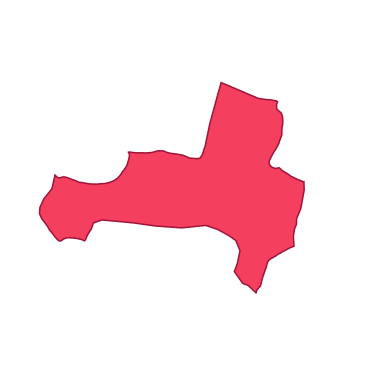 outline of Lawdar, Abyan, Yemen, rotated 221°
{"feature_id": "15242507B88557001231936", "entity_name": "Lawdar", "entity_type": "district", "adm_level": 2, "iso_a3": "YEM", "parent_name": "Yemen", "parent_adm1": "Abyan", "projection": "robinson", "projection_center": [45.821, 13.812], "detail": "fine", "context": "isolated", "style": "filled", "palette": "rose", "viewbox_px": 384, "rotation_deg": 221, "n_neighbors": 0, "source": "geoboundaries", "source_scale": "gbopen_adm2", "svg_char_len": 5787}
<svg xmlns="http://www.w3.org/2000/svg" viewBox="0 0 384 384"><g transform="rotate(221 192 192)"><path d="M79.5,218.1L85.4,224.0L86.3,224.9L89.3,229.7L90.2,231.1L90.3,231.3L92.0,236.2L95.5,240.4L99.0,250.8L108.6,267.1L114.4,273.3L115.1,272.6L115.9,272.3L116.7,272.1L117.6,271.8L118.4,271.6L119.3,271.3L120.3,270.9L121.3,270.6L122.1,270.3L123.0,270.0L123.8,269.8L124.6,269.7L125.5,269.4L126.3,269.2L127.2,268.9L128.0,268.8L128.9,268.7L129.7,268.7L130.5,268.6L131.6,268.5L132.5,268.4L133.4,268.3L134.3,268.0L135.1,267.8L136.0,267.8L136.9,267.6L137.8,267.4L138.7,267.4L139.6,267.4L140.5,267.5L141.4,267.5L142.2,267.4L142.8,266.7L143.3,266.0L143.8,265.3L144.5,264.7L145.3,264.2L146.1,263.8L146.9,263.5L147.8,263.3L148.6,263.2L149.5,263.2L150.4,263.3L151.2,263.6L152.1,264.1L152.9,264.6L153.5,265.1L154.0,266.0L154.3,267.0L154.5,267.9L154.8,269.0L155.1,269.9L155.3,270.9L155.6,271.9L155.8,272.8L156.0,273.7L156.2,274.6L156.4,275.7L156.6,276.6L156.7,277.8L156.8,278.9L157.0,279.8L157.2,280.7L157.4,281.5L157.5,282.5L157.8,283.4L158.0,284.4L158.2,285.3L158.6,286.2L159.0,287.1L159.4,287.9L159.8,288.8L160.0,289.7L160.4,290.6L160.8,291.5L161.0,292.4L161.3,293.3L161.8,294.0L162.3,294.9L163.0,295.5L163.7,296.2L164.2,297.0L164.8,297.7L165.4,298.4L165.9,299.1L166.5,299.9L166.9,300.6L167.3,301.5L167.8,302.3L168.4,303.1L168.9,303.8L169.6,304.5L170.1,305.2L170.7,305.9L171.4,306.5L172.0,307.1L172.6,307.7L173.3,308.4L174.0,308.8L174.8,309.2L175.4,309.8L176.3,310.0L177.1,310.2L178.0,310.2L178.9,310.2L179.8,310.2L180.7,310.1L181.6,310.2L182.5,310.4L183.2,311.0L183.9,311.6L184.5,312.3L185.1,313.0L185.7,313.7L186.0,314.5L186.3,315.5L186.7,316.3L187.5,316.2L188.3,316.0L189.1,315.4L190.1,314.9L190.9,314.5L191.7,314.0L192.4,313.5L193.1,313.1L193.9,312.6L194.6,312.0L195.3,311.5L196.1,310.9L196.8,310.4L197.6,309.8L198.5,309.3L199.3,308.7L200.3,308.1L201.0,307.7L201.9,307.1L202.7,306.6L203.5,306.1L241.8,293.7L234.8,278.8L234.4,278.1L226.1,260.9L223.5,255.4L212.2,235.3L208.7,226.9L208.2,222.9L209.2,221.4L211.1,219.7L216.1,216.0L216.3,216.0L217.1,215.7L218.0,215.4L218.9,215.2L219.8,214.9L220.6,214.6L221.4,214.3L222.2,214.1L223.1,213.7L223.9,213.3L224.9,212.6L225.7,212.2L226.5,211.8L227.2,211.3L228.0,210.9L228.7,210.4L229.4,209.9L230.3,209.3L231.1,208.8L231.8,208.3L232.6,207.8L233.3,207.4L234.0,206.9L234.8,206.5L235.8,206.0L236.6,205.6L237.4,205.2L238.2,205.0L239.0,204.8L239.9,204.5L240.1,204.5L243.8,201.7L245.7,199.4L246.3,198.4L246.8,197.5L247.3,196.8L247.9,196.0L248.5,195.2L249.3,194.4L249.9,193.7L250.6,193.1L251.3,192.4L251.9,191.7L252.6,191.1L253.3,190.5L254.0,189.9L254.7,189.4L255.5,188.7L256.3,187.9L257.0,187.4L257.6,186.8L258.4,186.1L259.1,185.6L259.8,185.1L260.5,184.5L261.4,183.9L262.2,183.3L262.9,182.7L263.8,182.2L264.6,181.8L265.3,181.2L265.9,180.6L266.1,180.3L266.0,180.2L265.9,180.1L265.6,180.1L264.1,179.4L263.5,178.9L262.8,177.9L261.6,175.9L260.7,174.1L260.0,172.4L259.9,172.2L259.4,171.3L259.0,170.5L258.7,169.4L258.5,168.5L258.2,167.5L258.1,166.6L258.1,165.6L257.9,164.7L257.8,163.6L257.8,162.6L257.8,161.5L257.6,160.6L257.5,159.6L257.3,158.6L257.2,157.6L257.2,156.4L257.2,155.5L257.3,154.4L257.3,153.4L257.5,152.5L257.7,151.7L258.0,150.6L258.3,149.6L258.7,148.7L259.1,147.8L259.5,147.1L260.0,146.1L260.5,145.3L261.0,144.4L261.6,143.6L262.2,142.8L262.9,141.8L263.6,141.0L264.3,140.3L264.9,139.7L265.8,138.9L266.5,138.2L267.1,137.5L267.8,136.7L268.5,135.9L269.3,135.3L270.0,134.7L270.9,133.9L271.7,133.2L272.4,132.7L273.0,132.2L273.9,131.5L274.8,130.8L275.8,130.2L276.6,129.7L277.4,129.2L278.3,128.7L279.1,128.2L280.0,127.6L280.7,127.1L281.5,126.7L282.3,126.2L283.2,125.6L283.3,125.3L283.8,125.2L284.6,125.0L285.5,124.7L286.3,124.5L287.1,124.2L288.0,123.9L288.9,123.6L289.6,123.2L290.4,122.9L291.3,122.6L292.2,122.2L293.1,121.9L294.0,121.6L294.9,121.3L295.7,121.0L296.5,120.6L297.3,120.2L298.0,119.8L298.7,119.3L299.3,118.7L299.9,117.9L300.3,117.1L300.9,116.2L301.6,115.5L302.3,115.1L303.2,114.8L304.0,114.8L304.9,114.8L305.8,114.9L306.5,114.9L299.9,102.7L299.8,100.7L299.3,89.6L296.7,80.7L292.9,75.6L287.9,73.3L282.5,72.2L281.8,72.0L280.8,71.8L280.0,71.6L279.1,71.4L278.2,71.2L277.2,70.8L276.3,70.4L275.5,70.2L274.6,69.9L273.6,69.7L272.7,69.5L271.8,69.4L270.8,69.2L270.0,69.1L269.1,69.0L268.0,68.7L267.0,68.5L266.6,68.4L266.1,68.3L265.2,68.1L264.2,68.0L263.4,67.9L262.6,67.9L261.8,67.8L261.7,67.8L260.8,67.8L260.7,67.7L258.9,68.8L258.3,71.3L258.3,71.6L257.3,73.7L256.2,75.5L254.0,77.4L250.7,79.9L248.4,81.4L246.7,82.3L244.2,83.7L242.1,84.2L241.2,84.5L241.0,85.0L241.0,85.7L241.2,86.7L241.9,88.6L242.7,91.2L243.6,96.5L243.6,97.7L244.0,98.6L246.1,104.0L241.6,111.8L234.7,116.8L229.3,120.7L221.3,126.4L216.2,130.0L215.0,130.9L209.2,134.6L197.8,142.0L196.7,142.8L188.8,148.7L187.6,149.6L185.4,151.3L182.3,153.6L176.2,158.2L173.5,161.1L172.3,162.3L171.9,162.8L171.2,163.5L167.1,167.9L159.7,175.8L147.7,180.7L147.3,180.7L140.4,182.3L138.3,182.6L134.8,183.4L127.0,184.1L117.3,179.2L115.3,175.7L111.0,167.9L110.8,167.5L107.8,159.7L97.5,157.2L93.7,156.3L88.2,158.3L77.5,157.9L77.5,158.2L77.9,158.9L78.8,160.8L78.7,161.6L78.7,161.8L78.7,162.9L78.7,163.8L78.7,164.9L78.7,165.8L79.1,166.8L79.6,167.8L79.9,168.6L80.5,169.6L81.1,170.7L81.6,171.7L82.0,172.5L82.3,173.2L82.4,173.4L82.8,174.3L83.2,175.3L83.5,176.2L84.0,177.2L84.4,178.2L84.6,178.8L84.7,179.1L85.1,179.9L85.5,180.8L85.8,181.8L86.1,182.8L86.5,183.6L86.9,184.5L87.4,185.4L87.8,186.2L88.2,187.0L88.5,187.9L88.9,188.9L89.1,189.8L89.2,190.7L89.1,191.8L88.9,192.7L88.6,193.7L88.3,194.5L88.0,195.5L87.5,197.0L87.1,197.9L86.8,198.8L86.6,200.0L86.3,201.0L86.0,202.0L85.7,202.8L85.3,203.7L84.9,204.8L84.6,205.8L84.3,206.7L83.9,207.8L83.4,209.0L83.1,209.8L82.7,210.8L82.3,211.8L82.0,212.7L81.6,213.7L81.2,214.6L80.7,215.5L80.3,216.4L79.9,217.3L79.5,218.1L79.5,218.1Z" fill="#f43f5e" stroke="#9f1239" stroke-width="1.5"/></g></svg>